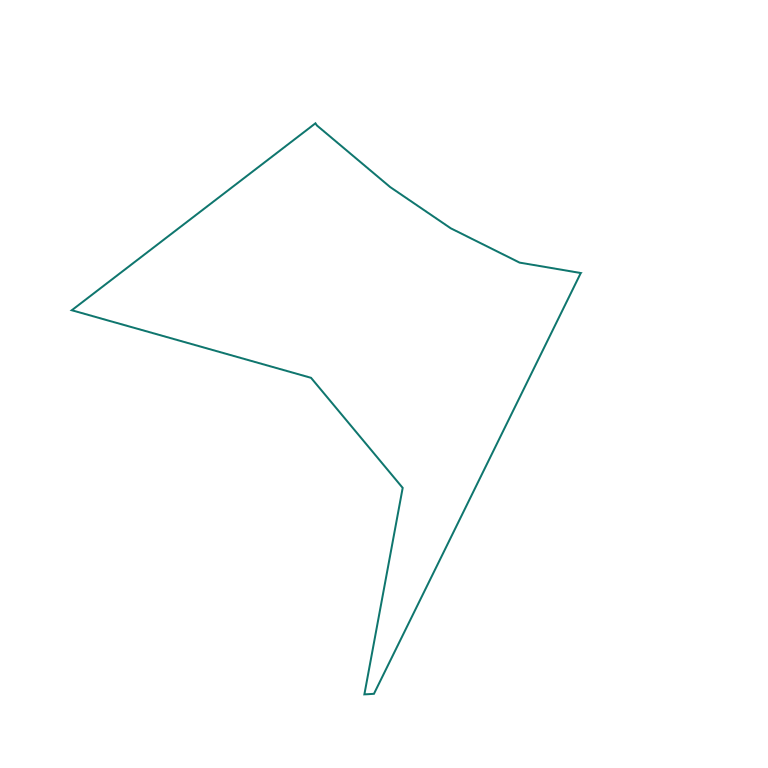 39, Ar Rayyān, Qatar (Albers equal-area conic projection), rotated 328°
{"feature_id": "91078587B48537873933910", "entity_name": "39", "entity_type": "district", "adm_level": 2, "iso_a3": "QAT", "parent_name": "Qatar", "parent_adm1": "Ar Rayyān", "projection": "albers", "projection_center": [51.5, 25.27], "detail": "fine", "context": "isolated", "style": "outline", "palette": "teal", "viewbox_px": 768, "rotation_deg": 328, "n_neighbors": 0, "source": "geoboundaries", "source_scale": "gbopen_adm2", "svg_char_len": 394}
<svg xmlns="http://www.w3.org/2000/svg" viewBox="0 0 768 768"><g transform="rotate(328 384 384)"><path d="M197.9,199.6L325.4,340.1L344.8,482.0L202.9,636.8L205.9,638.5L211.3,641.4L349.5,555.7L608.8,394.7L609.4,394.3L609.7,394.2L563.3,352.9L535.1,306.9L523.1,287.3L493.6,220.3L464.1,129.2L464.0,126.6L158.3,156.0L182.8,183.0L197.9,199.6Z" fill="none" stroke="#0f766e" stroke-width="2"/></g></svg>